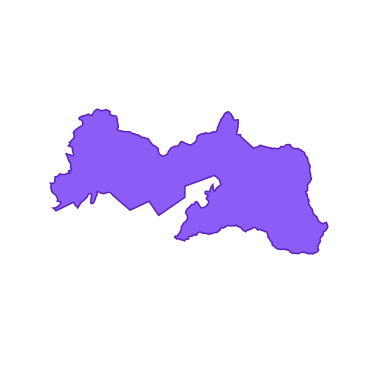 Vale do Anari, Rondônia, Brazil, rotated 221°
{"feature_id": "56859067B14375252511303", "entity_name": "Vale do Anari", "entity_type": "district", "adm_level": 2, "iso_a3": "BRA", "parent_name": "Brazil", "parent_adm1": "Rondônia", "projection": "albers", "projection_center": [-61.937, -9.691], "detail": "fine", "context": "isolated", "style": "filled", "palette": "violet", "viewbox_px": 384, "rotation_deg": 221, "n_neighbors": 0, "source": "geoboundaries", "source_scale": "gbopen_adm2", "svg_char_len": 6100}
<svg xmlns="http://www.w3.org/2000/svg" viewBox="0 0 384 384"><g transform="rotate(221 192 192)"><path d="M298.7,199.5L301.6,198.1L302.6,197.3L304.9,196.8L305.7,197.6L306.3,198.9L307.3,198.9L310.2,198.0L311.0,197.5L311.7,196.7L312.5,195.2L313.8,193.8L315.9,193.0L316.9,192.9L317.9,192.2L318.7,189.4L318.2,185.3L317.5,184.1L319.8,183.0L320.9,183.1L321.6,182.1L323.4,178.6L324.6,177.7L324.8,176.1L325.5,175.4L325.8,174.5L325.6,173.4L324.5,172.8L323.7,173.4L322.9,173.7L321.6,173.6L320.4,173.1L319.2,171.8L318.5,170.5L318.5,169.4L319.0,168.8L319.9,166.0L320.8,161.5L320.7,160.0L320.4,158.8L319.1,158.3L317.8,156.8L317.0,156.5L316.5,155.9L316.8,152.4L316.6,151.4L317.0,148.9L315.6,149.0L315.5,145.7L312.0,147.1L310.5,146.1L309.2,144.6L306.1,142.8L305.5,141.6L306.4,140.7L307.7,140.4L309.9,139.1L311.4,138.8L312.1,138.3L308.9,136.8L305.4,134.6L304.5,134.7L302.1,133.6L300.7,132.3L299.9,130.9L298.7,130.3L297.8,130.3L297.3,129.2L298.9,127.5L298.7,126.5L296.6,126.2L298.6,123.8L299.4,121.9L301.6,119.8L303.5,119.3L303.7,118.0L303.9,115.1L305.3,113.6L303.2,110.8L302.5,110.1L302.1,109.3L302.2,108.4L302.9,107.0L304.6,105.7L302.9,105.0L301.6,102.9L298.7,100.8L297.0,100.1L292.8,100.2L291.7,99.9L288.7,98.6L287.7,96.6L284.3,98.5L283.7,97.4L283.5,95.3L283.7,93.6L284.5,90.7L286.2,88.8L284.8,88.9L283.0,88.4L282.2,88.8L274.8,106.4L272.4,106.0L271.4,105.4L270.6,105.2L268.9,105.5L267.8,105.1L268.8,110.9L268.7,112.5L268.2,114.6L267.9,119.9L268.7,122.0L268.6,122.9L267.9,124.1L267.0,124.3L266.0,123.8L264.9,122.7L263.9,120.7L261.2,117.3L260.3,117.2L259.5,118.3L259.3,119.6L259.4,120.5L261.5,125.8L261.7,127.4L262.6,128.7L263.9,129.2L263.6,130.3L262.9,130.7L260.3,131.3L257.7,132.6L255.3,136.4L254.1,137.7L253.3,137.9L251.0,137.9L249.5,137.6L226.8,137.7L218.3,156.8L201.8,152.5L193.9,183.2L201.1,191.8L186.0,219.2L178.9,219.3L178.2,218.2L177.0,218.2L176.2,217.0L174.9,216.4L176.1,211.3L175.9,210.0L175.3,208.1L176.4,207.3L179.3,209.5L181.1,211.3L181.1,209.1L180.3,206.7L179.1,204.8L179.5,203.2L181.4,202.2L182.1,201.6L182.1,200.6L180.8,199.4L179.0,199.8L178.1,200.4L177.4,199.8L177.4,197.7L177.1,196.7L176.3,196.1L173.8,196.1L172.9,195.4L172.3,194.4L172.0,190.5L172.6,188.7L174.0,186.5L174.8,186.2L177.7,186.6L178.8,187.2L181.1,187.9L182.4,187.4L183.0,186.8L182.4,185.0L182.7,183.8L184.0,182.7L184.4,175.4L183.6,172.5L182.0,171.6L180.2,171.1L179.0,170.2L177.9,168.8L177.3,166.1L178.0,163.8L177.4,160.0L177.1,158.7L175.2,155.9L174.9,154.3L174.4,153.0L174.5,150.0L174.1,149.1L175.8,147.4L175.6,146.6L172.7,146.4L172.1,147.3L170.8,148.2L169.4,148.4L168.7,149.2L167.5,149.3L166.8,150.0L165.7,150.1L165.4,152.3L164.9,153.4L164.0,153.7L163.8,154.5L165.0,155.9L164.5,157.4L163.4,158.3L162.6,159.3L162.7,160.7L161.7,161.6L160.4,162.2L160.3,163.1L160.9,164.0L160.7,165.2L159.8,167.3L158.6,167.4L156.4,168.1L155.6,168.8L155.1,169.6L152.2,170.9L151.2,171.6L150.6,172.8L149.9,173.3L148.7,175.7L146.9,177.7L146.3,178.9L145.9,182.1L146.8,183.4L146.3,184.4L145.0,185.1L143.6,188.0L143.7,189.1L143.3,189.9L140.5,191.8L139.5,193.0L138.5,193.6L137.3,194.7L137.0,196.0L135.5,195.9L133.3,196.8L132.3,196.7L131.9,197.4L128.7,196.6L127.6,196.7L126.6,197.2L125.4,197.3L125.5,198.1L125.3,199.1L124.6,200.0L124.4,201.1L123.3,201.9L123.0,203.2L121.8,206.1L120.9,206.7L119.6,206.7L117.6,206.4L116.2,208.3L114.2,208.7L113.5,209.3L112.5,209.6L111.3,209.6L110.5,210.6L109.5,211.1L108.4,210.2L106.5,209.4L105.8,208.7L104.9,207.5L103.9,207.7L101.2,206.7L99.4,206.4L98.5,206.5L97.0,204.8L95.5,204.6L94.2,205.0L91.9,204.8L89.8,205.2L88.8,206.3L87.8,206.4L85.2,209.3L84.4,209.3L83.4,210.1L82.8,211.0L81.9,210.7L80.9,211.4L79.5,211.5L78.7,211.1L77.9,211.5L75.7,211.7L75.1,212.6L73.2,214.1L72.0,214.5L71.3,215.3L69.9,218.3L68.6,219.6L67.7,219.7L67.3,220.4L63.6,221.7L62.2,223.0L61.6,224.2L60.2,224.5L58.4,228.7L58.2,231.1L59.2,231.9L60.3,232.2L61.9,235.3L62.8,239.1L64.1,240.0L65.0,241.2L65.0,245.8L66.2,247.2L66.5,248.3L65.8,251.3L66.6,254.8L67.4,255.4L70.7,257.2L71.6,255.2L72.9,253.7L75.3,253.2L78.2,253.2L81.4,255.1L85.7,255.1L87.3,255.8L89.7,257.8L93.4,258.4L97.1,260.3L97.7,261.9L98.6,262.8L99.3,262.5L102.4,264.5L103.3,265.7L105.5,266.1L106.5,266.7L105.7,268.8L106.4,269.8L107.3,270.5L108.0,271.7L108.9,272.2L109.7,274.5L109.7,277.3L110.4,280.2L112.4,281.4L113.9,283.0L116.4,284.7L117.7,285.9L118.7,287.2L119.5,288.9L120.5,289.4L123.5,290.6L125.6,292.1L126.2,292.8L127.0,293.4L128.2,293.8L129.0,293.5L130.1,294.1L131.2,294.4L132.2,295.1L133.1,295.5L133.9,295.6L135.8,295.0L136.9,295.5L137.4,294.8L138.5,294.6L140.4,294.6L140.9,293.8L143.9,291.6L145.2,291.2L147.6,291.5L148.9,292.0L149.4,291.4L150.5,291.2L151.9,289.3L152.8,285.7L154.6,284.9L154.6,282.6L156.8,279.9L158.7,279.1L159.6,278.0L159.7,277.0L160.5,276.8L161.4,277.2L162.1,276.5L164.7,274.9L166.1,274.5L166.9,273.9L167.8,273.7L168.6,272.9L170.1,272.7L171.1,272.2L172.4,268.2L173.3,267.4L174.4,265.4L191.8,265.8L192.8,267.1L194.3,265.8L195.3,265.1L196.6,265.2L198.5,269.0L199.5,270.1L200.0,271.6L201.0,272.1L201.7,273.0L202.0,274.2L204.5,276.7L205.3,276.2L207.0,273.9L209.2,274.5L210.1,275.4L211.2,275.3L212.1,275.9L214.4,276.6L215.4,276.1L216.7,276.6L217.6,276.0L218.6,273.9L218.7,272.1L217.7,268.4L217.9,266.6L217.7,265.5L217.1,264.7L216.2,260.9L215.7,260.1L215.2,257.8L214.3,256.4L213.6,254.7L213.4,253.8L213.5,252.9L214.4,252.1L215.3,251.6L216.0,250.5L216.5,249.1L218.2,246.6L219.8,246.1L220.8,245.4L221.2,243.7L222.9,242.2L223.9,240.2L224.6,238.2L224.5,237.0L222.8,234.6L222.5,232.5L222.6,230.0L223.5,227.4L224.3,226.1L229.5,224.2L231.7,223.8L233.1,223.1L233.4,221.9L232.7,218.2L232.9,217.3L234.9,215.4L235.7,213.5L236.5,212.3L236.7,211.3L236.3,206.6L235.5,205.6L236.0,202.5L237.3,200.1L238.3,199.7L240.4,199.3L242.2,199.4L244.3,200.9L245.8,202.6L249.7,202.6L251.5,201.9L253.6,201.9L255.4,202.4L257.4,202.7L259.7,203.5L261.3,202.9L262.9,201.8L264.2,201.7L264.6,200.9L266.2,200.0L267.2,200.5L268.4,199.8L270.2,199.7L272.2,198.4L273.9,198.1L275.5,196.9L277.5,196.8L278.7,196.5L280.5,195.0L282.0,193.6L283.5,192.6L284.5,192.3L286.2,191.2L288.7,190.1L289.9,190.6L290.1,192.4L291.3,193.9L294.5,196.1L296.3,197.9L298.7,199.5Z" fill="#8b5cf6" stroke="#5b21b6" stroke-width="1.5"/></g></svg>